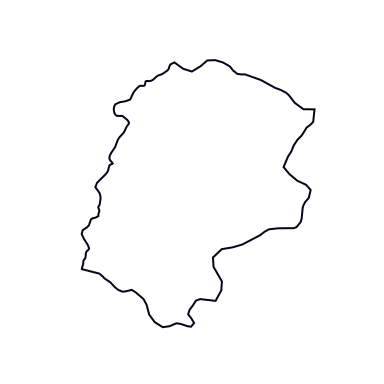 Van, Mercator projection, rotated 209°
{"feature_id": "TUR-3048", "entity_name": "Van", "entity_type": "Province", "adm_level": 1, "iso_a3": "TUR", "parent_name": "Turkey", "parent_adm1": "", "projection": "mercator", "projection_center": [43.807, 38.569], "detail": "fine", "context": "isolated", "style": "outline", "palette": "ink", "viewbox_px": 384, "rotation_deg": 209, "n_neighbors": 0, "source": "natural_earth", "source_scale": "10m", "svg_char_len": 2261}
<svg xmlns="http://www.w3.org/2000/svg" viewBox="0 0 384 384"><g transform="rotate(209 192 192)"><path d="M250.9,71.1L251.5,72.6L252.2,76.0L253.6,79.1L253.6,80.3L253.3,81.4L253.4,82.8L253.8,84.1L255.3,87.3L255.4,88.7L254.5,91.6L254.7,92.9L257.8,95.4L263.3,98.3L268.1,101.7L269.1,105.6L266.6,110.4L266.0,112.9L267.1,119.1L266.0,121.0L264.0,122.7L262.2,125.6L262.9,126.7L263.3,127.8L263.8,130.3L264.5,131.4L265.7,132.3L266.6,133.2L266.7,134.7L266.6,136.0L267.0,137.2L267.5,138.4L268.7,141.9L270.4,144.3L272.4,146.3L278.9,149.4L279.5,154.0L276.2,165.5L275.7,168.6L275.9,170.6L276.5,172.5L277.1,175.3L276.6,176.5L275.5,177.6L275.2,178.5L276.7,179.3L278.9,180.0L279.9,180.7L280.8,181.7L281.6,184.3L281.6,187.6L281.0,193.8L282.2,201.8L282.0,204.5L280.5,210.8L280.5,212.7L280.8,216.7L280.8,218.1L280.4,220.7L280.7,222.1L281.8,222.9L283.7,223.7L289.8,224.8L293.9,222.5L295.4,222.1L297.3,222.9L299.1,224.4L300.6,226.5L301.5,229.0L301.6,231.5L298.8,235.4L294.4,238.9L290.9,242.9L291.4,250.4L291.0,253.4L290.3,256.5L289.5,258.8L288.5,260.0L286.4,261.0L285.3,261.8L285.2,263.2L286.2,266.2L285.5,267.1L283.1,268.3L281.5,269.6L280.4,271.6L279.3,274.8L278.3,277.2L275.3,280.6L274.1,282.9L273.1,284.9L272.3,286.8L272.1,288.8L272.7,291.0L272.8,292.9L271.8,294.6L270.5,296.2L270.3,296.8L259.5,295.5L250.5,297.3L245.5,306.1L242.4,314.5L235.6,318.6L227.7,320.3L219.8,320.2L214.7,318.1L209.6,317.3L206.0,318.7L202.6,320.6L186.2,323.3L169.6,323.4L163.7,324.3L157.7,324.4L154.5,323.7L145.3,319.8L134.7,318.4L124.9,323.7L120.0,312.1L121.2,307.8L123.0,304.0L123.4,294.9L125.1,288.6L125.6,282.0L124.8,275.6L125.2,269.3L124.0,258.2L115.3,254.8L105.4,252.9L95.8,253.6L89.2,251.3L87.0,243.4L88.2,237.9L88.0,233.8L87.5,231.8L83.2,221.9L82.4,218.5L83.6,211.9L85.6,209.6L98.8,202.2L106.7,196.6L109.3,192.3L111.4,187.4L122.6,170.4L129.5,163.4L138.3,156.4L141.9,144.9L136.9,137.0L122.5,128.3L118.7,120.2L118.6,108.2L132.9,102.3L135.9,99.0L136.2,93.5L137.0,88.0L136.1,83.2L131.3,81.1L126.6,78.4L127.6,73.7L130.6,72.5L138.0,71.1L142.0,69.6L146.7,63.6L152.0,59.6L161.5,60.1L170.0,64.0L177.1,71.4L182.6,74.9L193.2,77.0L197.5,77.1L200.7,73.9L204.2,71.2L208.9,70.6L213.5,71.4L219.5,73.4L226.8,74.0L228.9,74.8L233.5,75.7L250.9,71.1L250.9,71.1Z" fill="none" stroke="#020617" stroke-width="2"/></g></svg>